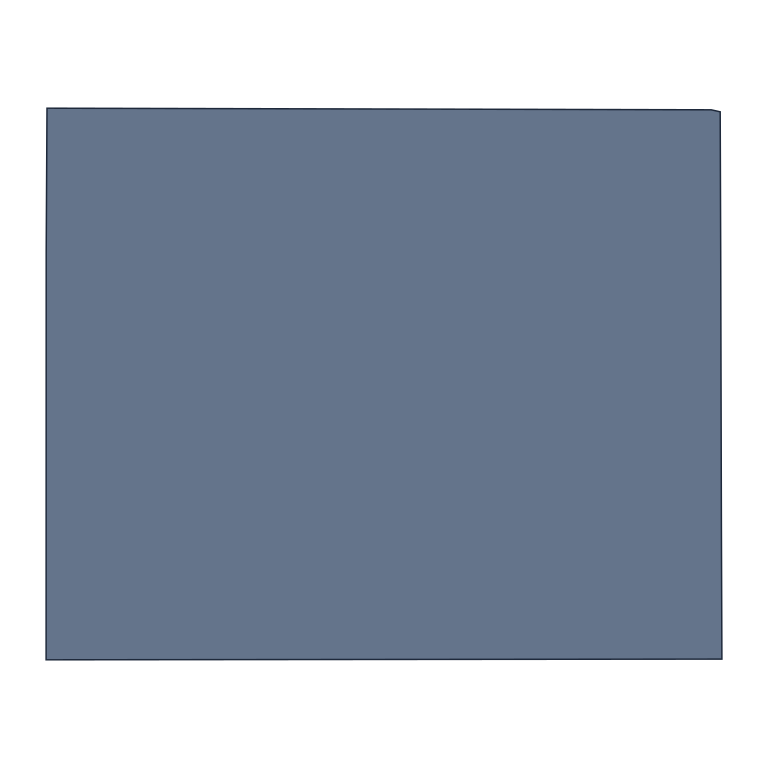 outline of Pratt, Kansas, United States of America
{"feature_id": "52423323B94351819827308", "entity_name": "Pratt", "entity_type": "district", "adm_level": 2, "iso_a3": "USA", "parent_name": "United States of America", "parent_adm1": "Kansas", "projection": "orthographic", "projection_center": [-98.709, 37.648], "detail": "fine", "context": "isolated", "style": "filled", "palette": "slate", "viewbox_px": 768, "rotation_deg": 0, "n_neighbors": 0, "source": "geoboundaries", "source_scale": "gbopen_adm2", "svg_char_len": 236}
<svg xmlns="http://www.w3.org/2000/svg" viewBox="0 0 768 768"><path d="M46.2,251.8L46.1,659.8L721.9,659.1L721.4,524.0L720.7,252.4L720.2,111.8L711.2,109.8L47.0,108.2L46.2,251.8Z" fill="#64748b" stroke="#1e293b" stroke-width="1.5"/></svg>